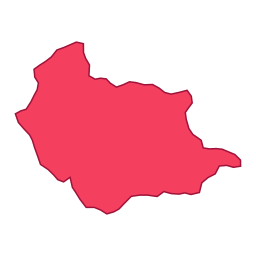 Cachoeira da Prata, Minas Gerais, Brazil (orthographic projection)
{"feature_id": "56859067B45103194459434", "entity_name": "Cachoeira da Prata", "entity_type": "district", "adm_level": 2, "iso_a3": "BRA", "parent_name": "Brazil", "parent_adm1": "Minas Gerais", "projection": "orthographic", "projection_center": [-44.468, -19.513], "detail": "fine", "context": "isolated", "style": "filled", "palette": "rose", "viewbox_px": 256, "rotation_deg": 0, "n_neighbors": 0, "source": "geoboundaries", "source_scale": "gbopen_adm2", "svg_char_len": 1152}
<svg xmlns="http://www.w3.org/2000/svg" viewBox="0 0 256 256"><path d="M163.8,191.6L171.3,193.6L179.1,194.1L184.8,192.9L191.0,194.5L199.4,192.5L201.8,182.8L208.1,177.5L215.2,173.9L219.3,166.0L226.8,165.4L233.4,167.3L240.6,166.2L240.5,160.1L234.8,154.5L227.4,151.4L222.1,149.2L216.1,148.6L209.6,148.9L203.2,147.9L201.2,140.3L192.8,134.4L188.9,128.6L186.2,119.1L185.3,112.5L188.6,107.7L192.2,102.9L191.3,96.2L187.1,90.3L179.1,92.4L171.1,94.1L164.7,92.5L159.1,88.1L152.5,84.5L144.2,84.8L136.0,82.6L129.5,81.8L123.0,84.8L116.4,87.1L110.3,83.2L106.2,78.9L100.5,78.2L95.1,79.2L88.9,75.7L89.5,65.0L85.6,58.3L83.5,52.5L83.4,43.7L76.3,42.1L71.0,44.4L64.1,47.4L56.9,50.0L51.3,57.0L45.3,61.6L39.6,65.2L34.0,69.3L34.8,77.2L38.4,82.9L37.2,89.7L34.0,95.6L31.0,101.7L26.2,109.2L20.8,110.9L15.4,113.8L18.4,122.5L23.7,128.6L29.7,135.0L32.4,140.3L34.5,147.3L37.8,156.5L40.5,164.4L48.0,169.4L53.7,174.9L57.8,179.7L63.6,181.9L70.1,177.3L72.4,187.4L75.8,192.5L80.0,199.3L86.2,207.4L94.3,207.4L100.6,210.0L106.8,213.9L113.7,211.9L119.0,209.0L124.1,203.6L131.3,196.3L140.0,195.1L147.4,195.1L157.2,196.5L163.8,191.6Z" fill="#f43f5e" stroke="#9f1239" stroke-width="1.5"/></svg>